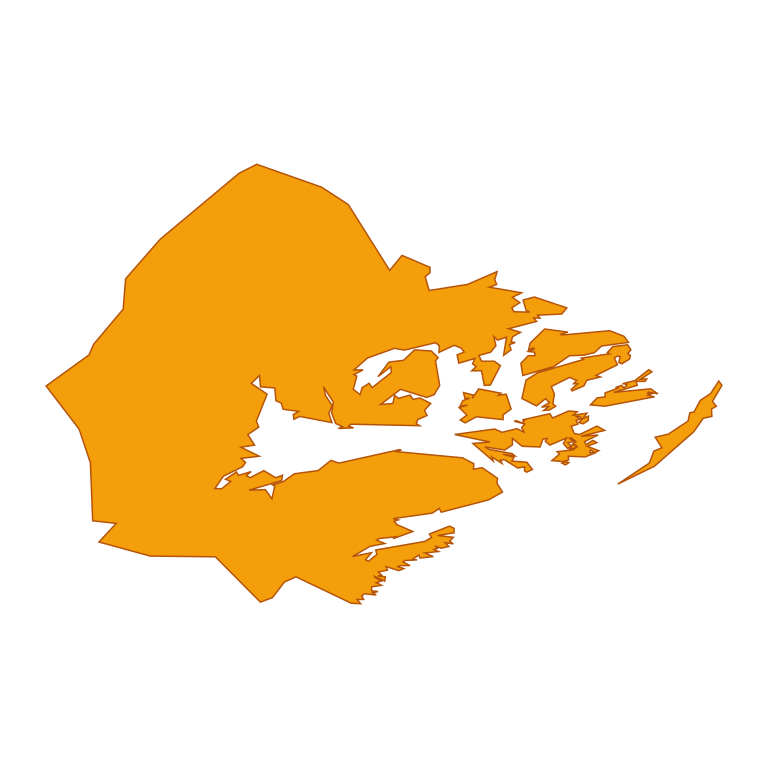 outline of Kragerø nor, Telemark, Norway
{"feature_id": "86288312B49574496849742", "entity_name": "Kragerø nor", "entity_type": "district", "adm_level": 2, "iso_a3": "NOR", "parent_name": "Norway", "parent_adm1": "Telemark", "projection": "natural_earth1", "projection_center": [9.439, 58.886], "detail": "fine", "context": "isolated", "style": "filled", "palette": "amber", "viewbox_px": 768, "rotation_deg": 0, "n_neighbors": 0, "source": "geoboundaries", "source_scale": "gbopen_adm2", "svg_char_len": 6131}
<svg xmlns="http://www.w3.org/2000/svg" viewBox="0 0 768 768"><path d="M351.2,603.2L360.6,603.7L357.1,599.5L363.6,599.4L361.7,596.0L364.3,593.8L376.2,595.0L372.6,592.7L378.0,591.6L371.6,590.8L371.6,586.8L381.5,585.3L376.2,582.6L381.6,581.0L375.0,577.4L374.5,576.4L384.8,581.1L385.3,576.8L377.9,575.9L381.5,575.1L378.4,572.0L387.5,570.1L386.0,566.6L398.8,570.6L403.8,568.6L397.8,566.7L399.9,565.6L409.9,565.6L403.1,561.9L404.9,560.5L417.1,559.9L412.2,559.5L419.0,555.0L419.9,558.0L433.3,556.6L424.8,553.0L438.4,551.5L433.9,549.5L437.6,548.2L435.1,545.9L441.3,548.2L448.8,546.5L445.1,542.7L453.3,543.9L449.7,541.2L453.3,537.3L437.6,535.5L454.0,532.8L454.1,528.4L449.6,526.1L429.4,534.0L431.6,537.4L424.9,541.4L375.7,550.0L376.9,554.4L368.4,561.3L365.5,559.7L371.5,552.7L352.5,556.5L370.1,546.3L384.8,543.5L376.6,540.1L378.8,538.6L395.3,536.8L393.1,538.7L412.8,531.5L396.7,524.5L394.2,521.2L398.2,519.9L393.2,518.6L432.2,513.1L439.3,508.4L441.2,512.2L488.5,499.9L502.5,492.0L496.9,483.1L497.5,478.3L482.2,467.7L473.5,469.2L473.8,463.7L462.5,457.8L395.1,451.5L401.4,450.0L399.2,449.7L339.0,463.1L331.0,460.4L318.1,470.6L294.3,473.8L283.1,481.8L272.6,484.9L274.8,485.9L271.9,498.8L265.3,489.6L249.0,490.2L281.7,480.5L282.5,475.3L275.7,477.7L263.8,470.6L250.1,477.7L246.3,475.6L251.2,471.6L238.4,475.4L236.5,471.9L225.5,479.3L230.7,481.4L221.8,488.7L214.8,488.6L223.4,476.2L242.7,466.7L245.6,462.4L241.0,458.4L259.2,456.2L240.9,447.2L254.6,445.1L247.8,434.6L258.8,427.1L256.3,421.3L267.1,394.2L251.3,383.4L259.5,375.5L260.5,386.9L274.8,387.9L275.9,400.7L281.3,403.1L283.1,409.2L298.6,411.4L293.3,414.6L293.9,419.3L299.6,416.4L331.9,422.6L328.8,413.3L332.1,405.5L325.6,395.7L323.5,386.8L333.4,402.2L331.6,412.9L335.7,423.5L342.5,426.7L338.3,428.5L353.6,427.9L348.6,426.1L350.9,424.2L419.6,425.7L416.3,423.7L417.7,419.6L427.0,415.5L424.4,410.4L430.7,403.5L420.0,398.0L413.0,399.4L410.2,395.1L398.4,398.3L394.6,395.3L392.9,403.5L380.6,404.5L400.5,389.3L426.6,397.4L434.1,394.7L439.7,385.4L435.5,360.9L438.1,357.6L431.3,351.0L414.5,349.9L403.6,360.3L388.9,362.1L378.1,376.6L390.8,366.7L391.4,372.5L372.2,387.6L369.1,383.3L362.1,387.7L360.1,394.7L353.3,389.3L356.8,376.1L353.8,374.6L363.1,369.9L354.0,369.9L367.5,358.0L394.5,348.3L404.3,350.1L435.6,342.7L439.4,345.8L438.9,352.4L454.1,345.3L461.0,348.0L464.2,352.0L457.1,354.9L458.8,363.2L475.0,358.4L472.5,363.8L476.1,366.6L471.7,370.8L481.5,370.7L484.3,385.4L490.4,385.0L500.4,365.6L494.3,361.2L481.7,361.2L478.8,355.5L490.6,352.2L495.9,345.8L493.8,336.5L497.6,340.1L506.5,337.2L503.6,355.3L511.1,349.8L509.3,344.7L515.3,342.5L511.1,341.9L512.6,336.7L520.5,332.3L508.5,328.7L536.6,321.4L533.8,318.0L540.0,318.1L537.6,315.2L561.8,314.0L566.8,307.9L534.4,297.0L523.1,300.0L526.2,310.6L529.8,312.2L513.9,311.7L511.9,307.7L519.8,302.6L512.4,297.3L521.6,292.8L489.3,287.2L496.7,284.4L494.7,279.8L497.1,271.6L467.5,284.4L429.1,290.5L425.2,276.7L429.9,272.9L430.1,267.4L402.0,255.4L389.7,270.4L348.3,204.6L321.6,187.2L256.7,164.3L239.0,173.3L160.3,239.1L125.6,278.8L123.2,309.1L93.7,344.2L89.0,354.9L46.1,386.0L79.1,429.1L90.4,462.8L92.7,520.8L116.2,523.4L99.0,542.0L150.4,556.1L215.4,556.8L260.4,602.1L272.5,597.6L284.3,582.1L295.9,576.8L351.2,603.2ZM568.6,411.0L552.6,418.0L549.8,413.7L522.2,419.9L524.6,420.3L522.3,423.0L516.4,420.7L514.2,421.2L524.8,424.0L521.7,427.6L524.1,432.1L517.0,428.7L502.0,432.3L494.6,429.0L454.7,434.5L489.9,442.0L472.9,443.5L493.2,461.0L491.8,457.0L502.0,463.4L500.4,460.1L504.4,459.7L517.7,468.0L524.7,466.9L524.5,470.8L526.7,472.2L532.4,469.4L526.8,462.2L511.9,461.1L514.0,457.3L503.0,454.3L515.0,455.9L512.1,453.6L488.9,449.4L484.8,446.9L504.9,450.0L512.4,444.8L512.4,438.4L522.1,446.3L540.1,447.0L542.9,439.1L547.1,438.5L545.3,441.3L549.9,445.1L566.6,438.0L563.4,443.6L567.7,448.4L571.2,446.0L567.7,442.8L573.5,441.5L569.4,438.2L571.1,437.8L576.0,441.6L572.6,444.1L576.4,445.4L575.9,446.9L578.0,446.6L575.6,447.3L575.8,445.3L572.6,444.6L569.9,448.7L575.5,448.0L573.1,449.8L557.1,451.7L559.6,454.0L551.9,460.6L565.3,461.8L562.0,463.2L565.4,464.9L568.8,462.7L564.3,461.2L568.6,459.9L568.3,456.2L585.1,456.9L594.2,453.3L589.6,452.5L590.5,449.9L594.7,452.6L598.8,450.7L587.2,446.3L596.9,442.6L592.9,440.4L586.0,444.6L584.6,441.6L598.1,435.0L581.1,436.2L604.6,430.4L596.9,426.1L579.7,434.5L574.3,433.5L571.2,426.2L577.8,424.2L576.1,420.4L579.8,419.1L576.3,416.5L579.7,416.4L582.1,419.4L578.8,422.5L583.1,423.8L588.3,420.4L588.4,416.1L583.0,418.5L586.8,413.2L573.1,415.2L577.2,411.7L568.6,411.0ZM567.9,332.1L544.6,329.0L530.2,343.1L528.5,350.1L533.2,347.8L534.3,349.0L528.6,351.5L534.6,352.2L535.0,355.6L528.3,355.7L520.9,363.3L522.8,375.5L553.8,366.5L569.5,355.7L583.6,355.2L594.5,352.6L601.5,346.0L628.5,342.4L624.0,336.3L609.7,330.7L563.5,334.9L560.0,334.4L567.9,332.1ZM627.6,344.8L612.8,346.6L607.3,352.7L609.7,353.8L581.4,358.1L583.5,359.5L537.6,372.8L526.0,380.2L521.9,398.5L536.5,405.9L545.5,398.7L549.5,402.5L541.5,407.2L549.5,406.2L543.7,410.4L549.6,409.9L555.7,406.2L552.9,404.0L554.3,394.0L551.3,386.5L569.6,377.4L576.7,380.5L573.6,383.7L577.6,383.8L571.2,389.4L572.1,390.9L584.0,385.8L586.7,380.3L600.4,377.0L595.9,375.4L617.4,364.8L614.4,357.9L616.8,356.3L620.2,356.4L618.8,362.5L621.8,363.8L629.4,359.2L630.5,355.4L627.7,353.6L630.9,349.9L627.6,344.8ZM718.8,381.0L710.6,393.5L700.3,400.4L694.0,412.0L689.9,412.7L688.0,421.1L668.4,434.1L655.2,437.2L661.9,447.8L653.9,451.1L649.4,463.0L617.8,484.1L654.5,466.2L693.8,431.7L703.3,418.2L711.9,416.4L711.5,409.0L716.4,406.2L712.4,401.4L721.9,385.4L718.8,381.0ZM500.9,393.2L478.7,388.9L472.1,398.5L473.6,395.1L463.5,392.6L464.9,398.4L469.7,398.1L462.8,400.7L460.1,406.2L467.6,405.1L459.1,407.5L466.9,415.1L460.2,420.0L465.1,422.9L476.3,416.8L503.1,419.6L503.1,414.9L511.1,409.0L506.2,394.2L498.6,395.2L500.9,393.2ZM648.8,369.7L634.9,380.6L622.5,383.7L627.1,384.3L624.3,388.1L621.4,385.4L615.5,387.5L619.1,387.7L605.1,392.9L605.0,396.9L597.1,397.9L590.5,404.9L605.0,406.2L654.5,396.8L647.9,395.4L651.2,394.0L647.6,393.4L648.1,392.1L657.9,393.8L650.6,388.8L613.8,392.4L637.3,385.3L636.0,381.4L645.1,381.4L646.7,378.9L640.5,379.3L651.9,371.8L648.8,369.7Z" fill="#f59e0b" stroke="#b45309" stroke-width="1.5"/></svg>